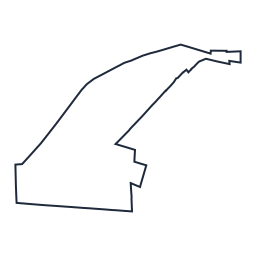 Allende, Coahuila, Mexico (Robinson projection)
{"feature_id": "50627088B35407667926695", "entity_name": "Allende", "entity_type": "district", "adm_level": 2, "iso_a3": "MEX", "parent_name": "Mexico", "parent_adm1": "Coahuila", "projection": "robinson", "projection_center": [-100.857, 28.286], "detail": "fine", "context": "isolated", "style": "outline", "palette": "slate", "viewbox_px": 256, "rotation_deg": 0, "n_neighbors": 0, "source": "geoboundaries", "source_scale": "gbopen_adm2", "svg_char_len": 1789}
<svg xmlns="http://www.w3.org/2000/svg" viewBox="0 0 256 256"><path d="M240.6,51.3L228.9,51.8L226.6,51.9L226.6,50.8L216.5,50.7L211.0,50.7L210.8,50.7L210.6,53.6L205.3,52.0L198.4,49.9L197.7,49.7L190.8,47.6L189.8,47.3L189.5,47.2L186.1,46.2L182.7,45.2L180.7,44.6L172.4,47.0L171.8,47.2L164.4,49.4L156.9,51.6L152.6,52.7L151.2,53.0L142.6,55.7L141.9,56.0L137.0,58.1L134.6,59.1L131.2,60.6L124.7,62.7L123.4,63.3L122.2,64.0L121.1,64.5L120.3,65.0L119.2,65.6L117.9,66.2L100.1,75.6L93.8,78.9L86.9,84.1L81.6,89.9L74.5,99.3L72.0,102.7L57.6,121.9L53.2,127.6L40.9,143.3L31.2,154.1L26.6,159.2L22.1,164.1L15.4,164.6L15.9,185.8L16.3,196.4L16.6,202.9L40.9,204.9L47.9,205.4L52.4,205.7L68.2,206.8L76.3,207.4L76.5,207.4L82.9,207.9L89.4,208.3L94.7,208.7L104.4,209.4L106.9,209.6L113.2,210.1L113.3,210.1L114.2,210.1L116.8,210.3L123.3,210.8L131.5,211.4L132.0,211.4L131.5,198.7L131.6,196.8L131.2,191.5L130.7,183.1L140.0,187.0L140.9,183.8L146.3,165.3L141.8,164.0L134.4,161.7L134.5,158.7L135.0,149.9L125.9,147.1L123.9,146.5L122.7,146.2L121.9,145.9L121.4,145.8L120.8,145.6L119.9,145.3L119.1,145.1L116.4,144.2L115.6,144.0L117.4,142.2L129.2,130.2L129.9,129.1L142.6,115.8L152.9,104.4L153.3,104.1L154.6,102.7L155.8,101.5L157.2,99.9L158.1,98.9L158.5,98.5L160.2,96.7L160.3,96.6L164.0,92.4L165.8,90.5L166.0,90.7L166.3,90.3L168.3,88.1L168.6,87.9L170.2,86.2L173.7,82.3L176.2,78.4L177.7,78.0L177.8,77.8L179.4,76.2L181.7,73.7L182.3,73.1L182.8,72.5L183.4,72.1L183.5,72.2L184.8,71.0L185.6,70.4L186.4,69.7L188.4,72.3L189.3,71.3L190.1,70.5L191.1,69.6L191.1,69.2L191.4,69.0L191.5,69.0L191.6,68.8L192.1,68.3L192.1,68.2L194.0,66.8L195.7,64.9L196.8,63.8L197.2,63.4L199.0,61.6L204.4,59.4L204.8,59.2L206.0,58.8L206.5,58.9L210.3,59.8L216.9,61.4L229.6,64.1L229.3,60.9L240.6,62.6L240.6,51.3Z" fill="none" stroke="#1e293b" stroke-width="2"/></svg>